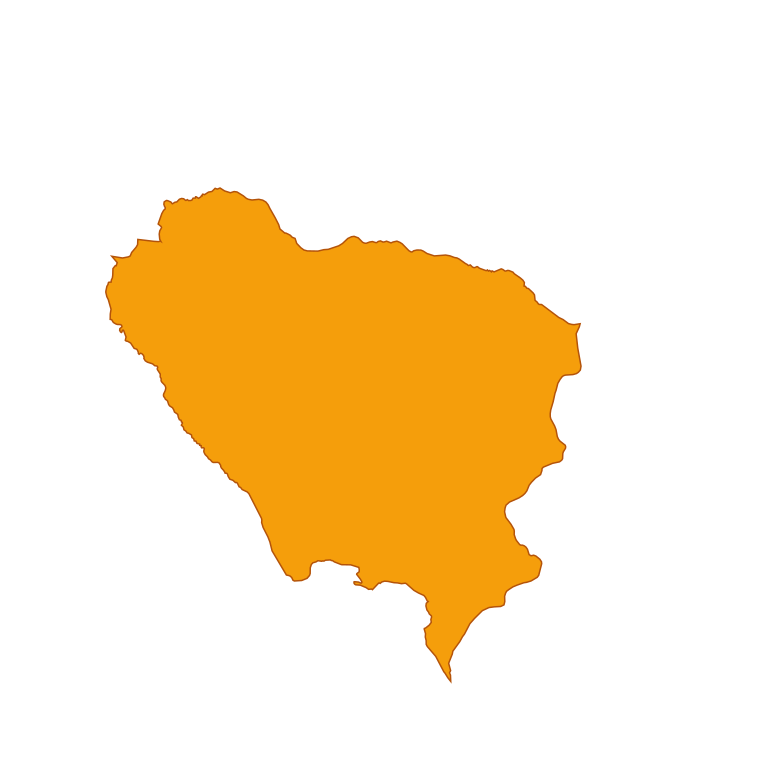 outline of Tutazá, Boyacá, Colombia, rotated 143°
{"feature_id": "7082276B26518640564592", "entity_name": "Tutazá", "entity_type": "district", "adm_level": 2, "iso_a3": "COL", "parent_name": "Colombia", "parent_adm1": "Boyacá", "projection": "robinson", "projection_center": [-72.847, 6.08], "detail": "fine", "context": "isolated", "style": "filled", "palette": "amber", "viewbox_px": 768, "rotation_deg": 143, "n_neighbors": 0, "source": "geoboundaries", "source_scale": "gbopen_adm2", "svg_char_len": 6171}
<svg xmlns="http://www.w3.org/2000/svg" viewBox="0 0 768 768"><g transform="rotate(143 384 384)"><path d="M570.2,326.5L573.8,318.1L576.9,290.2L575.2,288.2L574.5,286.9L574.2,284.9L574.8,282.0L574.1,280.6L568.0,276.6L562.4,275.1L558.7,275.9L557.0,277.1L553.5,281.6L550.6,283.6L548.4,284.0L545.2,282.8L543.2,282.7L540.4,279.9L539.6,279.7L538.5,278.7L536.8,278.5L532.6,275.7L532.4,274.8L531.4,273.9L530.7,271.8L526.7,265.3L519.4,259.6L514.5,252.7L515.5,250.6L516.8,249.0L519.8,248.9L520.4,248.4L520.3,242.6L520.7,239.5L521.1,238.9L521.8,238.6L522.3,238.9L523.6,241.2L526.6,243.9L527.1,244.0L527.8,243.0L527.9,241.8L527.4,240.6L524.0,237.6L520.8,232.1L519.9,229.3L517.3,227.7L517.0,226.7L508.1,228.2L507.5,227.9L507.1,227.1L504.9,227.2L502.2,226.2L499.7,224.0L495.6,219.3L492.9,217.0L490.2,214.0L486.9,212.1L486.3,211.0L484.3,201.2L482.2,196.3L479.4,191.1L479.3,188.6L480.0,184.8L479.6,183.7L482.2,183.4L484.1,181.5L485.7,177.7L485.7,175.1L486.2,173.1L485.7,170.4L486.2,169.3L488.3,167.7L489.7,165.2L493.0,164.2L497.8,164.1L498.9,164.5L499.3,164.2L501.1,159.6L503.3,157.1L504.7,153.8L507.0,150.6L507.4,148.2L506.6,135.3L509.4,118.2L509.3,116.3L509.8,111.0L509.7,106.3L506.1,111.5L505.5,113.9L503.3,115.0L500.5,121.9L499.4,122.7L492.0,127.2L489.8,129.2L478.4,132.7L473.5,134.9L470.1,135.9L459.6,140.9L452.8,142.3L441.8,143.8L434.7,142.3L430.1,139.7L424.7,136.1L421.1,135.4L418.5,137.5L415.4,141.9L412.6,143.9L410.8,144.7L407.6,144.7L403.1,144.4L398.8,143.3L391.9,141.1L389.5,139.8L385.1,138.2L378.0,137.4L375.6,138.1L366.2,145.6L365.2,147.3L365.0,150.3L366.2,155.1L367.5,157.2L369.9,158.3L370.8,160.4L368.9,165.7L368.8,168.4L369.4,170.4L370.4,172.0L371.7,172.9L372.3,174.2L372.4,179.3L372.1,181.1L370.7,185.3L368.5,188.1L367.7,189.7L367.0,195.6L367.0,204.1L364.6,209.4L361.9,212.1L359.5,213.8L354.8,214.2L344.6,211.8L340.2,211.5L337.3,211.8L334.2,212.7L329.0,215.8L325.3,216.8L319.6,217.7L313.5,217.4L310.0,219.8L308.6,221.4L306.7,221.7L297.1,219.2L290.7,216.2L288.0,216.2L286.4,216.8L283.0,220.9L281.6,221.9L277.8,223.4L276.7,224.5L276.1,226.0L277.8,232.4L277.9,234.9L277.2,237.8L274.1,244.0L273.0,247.8L271.8,255.7L270.9,257.8L269.1,260.3L266.5,262.9L259.5,268.1L253.0,273.7L250.4,275.4L244.8,279.9L240.6,281.7L237.4,282.6L235.6,282.6L233.7,281.9L227.4,277.8L224.0,276.5L221.7,276.4L218.8,277.0L215.9,279.7L207.7,296.0L200.3,308.5L193.5,312.2L191.1,314.1L196.5,317.0L198.3,318.7L200.3,321.2L202.2,327.7L204.4,332.0L210.3,352.6L212.2,354.2L212.5,355.2L212.4,357.2L213.0,359.9L210.2,364.6L210.1,367.0L211.2,373.3L212.3,374.6L212.3,376.9L213.2,377.9L210.8,380.6L210.6,383.4L211.3,386.6L213.6,393.6L213.7,395.7L215.9,399.4L216.9,400.3L218.9,401.0L219.4,401.5L220.2,404.0L221.1,405.4L228.6,407.3L229.6,409.3L230.7,408.9L231.3,411.1L232.7,411.4L232.7,412.8L234.2,413.0L238.1,419.0L238.7,421.3L239.1,421.8L241.4,422.3L242.3,423.0L243.0,424.2L243.4,427.1L245.4,427.9L245.6,429.4L246.5,431.3L248.8,438.6L249.9,440.8L251.6,442.6L254.3,446.8L257.2,449.9L266.7,456.0L271.1,462.3L272.7,466.6L274.0,468.8L277.1,471.2L280.0,472.5L282.2,472.6L283.0,473.4L283.9,475.5L285.1,484.9L286.0,487.4L287.7,490.3L291.4,492.0L293.5,492.5L296.0,496.5L298.3,497.3L299.4,498.0L300.7,500.4L302.8,501.3L304.7,501.3L305.6,502.0L307.5,504.7L309.9,506.0L313.5,507.1L314.6,508.0L315.8,510.0L316.6,516.2L319.0,519.9L321.4,521.2L325.3,522.0L332.6,521.2L337.0,521.6L347.5,525.1L351.2,527.5L356.8,529.9L365.1,536.4L367.3,539.2L368.4,542.8L369.1,548.8L367.4,553.8L369.0,556.4L369.3,559.1L370.4,561.5L371.6,563.7L372.4,564.2L373.8,570.4L372.2,574.7L370.9,582.1L369.5,592.9L368.7,597.0L368.8,600.4L370.2,603.8L372.8,606.8L378.7,610.4L381.3,613.3L382.2,615.1L383.1,618.9L385.8,625.8L387.9,627.9L391.6,629.2L395.1,634.1L397.0,639.2L399.9,640.0L401.1,641.9L405.5,641.3L408.7,642.9L413.3,643.2L414.5,644.7L415.0,644.7L416.0,643.7L416.5,644.2L417.9,643.7L420.4,643.9L421.3,646.5L421.8,646.9L422.7,646.0L424.6,647.3L426.7,646.5L427.8,646.8L429.7,648.1L430.1,649.6L431.7,649.8L432.0,650.3L432.5,652.5L434.0,654.0L436.2,654.7L439.9,654.1L441.6,655.0L444.4,655.2L444.7,655.7L444.7,657.6L446.4,660.6L447.3,661.5L449.4,661.7L450.0,661.7L451.6,660.1L452.4,657.9L452.5,656.5L453.5,655.5L455.5,655.3L458.9,653.8L468.1,647.7L467.2,643.8L467.6,642.7L471.0,641.2L473.3,639.0L476.0,634.6L476.4,632.2L476.6,632.7L478.4,633.4L482.0,636.5L493.6,647.6L496.9,643.6L499.7,642.4L506.4,640.9L509.6,639.0L511.7,639.4L517.0,642.0L524.5,649.8L524.0,641.5L526.7,639.6L527.3,640.2L528.0,640.1L531.0,639.3L535.1,634.2L537.1,632.2L539.2,631.1L540.6,629.6L542.6,630.9L543.3,630.7L544.5,629.6L546.5,628.8L550.3,625.5L551.1,624.4L552.8,620.5L553.4,617.3L557.0,608.0L560.4,604.7L563.8,600.4L562.8,599.3L563.1,596.0L562.1,593.5L561.2,592.1L558.8,590.1L558.3,589.0L558.6,587.7L559.1,587.3L561.6,587.2L562.8,586.0L563.1,584.3L562.8,583.2L562.1,583.2L560.5,584.3L559.8,583.8L559.8,583.3L561.7,576.8L564.3,574.6L564.1,573.5L563.0,572.3L561.7,569.2L562.1,562.8L560.6,560.7L560.5,560.0L561.0,557.5L561.8,556.2L561.7,555.1L560.0,555.1L559.2,554.1L559.0,553.1L558.9,551.5L559.5,549.8L560.4,548.9L560.7,546.2L559.8,543.8L556.7,539.4L556.1,536.6L554.6,535.1L554.4,534.4L554.7,533.4L555.7,532.9L556.3,531.9L556.7,526.6L558.5,524.3L558.7,522.5L560.1,520.7L560.3,519.2L559.8,514.7L560.3,512.9L560.8,512.0L562.5,510.5L566.2,508.5L567.2,507.3L567.5,506.4L567.4,505.1L567.8,503.2L567.3,502.2L567.1,500.7L568.3,497.3L568.4,495.6L567.2,492.3L567.5,489.9L568.2,487.7L567.0,483.9L568.3,481.1L568.9,478.6L567.9,477.1L568.6,475.6L568.2,474.8L568.6,474.0L570.6,473.1L570.2,470.4L571.3,467.8L570.6,465.8L570.7,463.4L569.7,462.2L568.4,459.3L569.6,456.8L568.9,454.9L569.8,452.7L568.6,451.5L569.1,449.1L567.4,447.0L568.1,446.0L567.1,444.8L567.9,443.8L568.0,442.7L566.7,441.9L566.3,441.0L566.6,440.3L568.3,438.9L568.9,437.6L569.3,435.2L568.8,431.9L569.1,429.9L568.3,427.8L568.2,425.5L567.6,424.1L564.0,421.5L563.2,420.3L563.4,417.4L564.1,416.3L564.4,414.7L564.1,411.9L564.2,409.5L564.6,408.5L563.3,407.2L563.2,406.4L564.1,403.9L564.4,400.7L562.6,398.0L562.0,394.7L560.9,393.9L560.8,392.8L561.6,389.1L560.8,387.7L560.8,385.1L558.2,380.1L557.9,377.7L562.7,350.4L563.5,348.8L565.1,347.0L566.9,342.1L568.7,331.8L570.2,326.5Z" fill="#f59e0b" stroke="#b45309" stroke-width="1.5"/></g></svg>